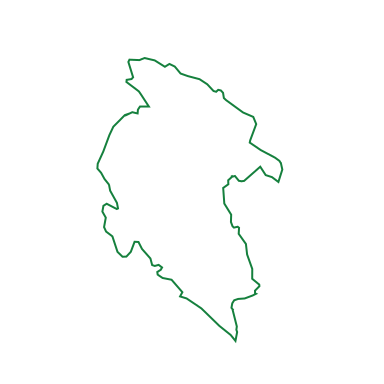 Stirling, Robinson projection, rotated 49°
{"feature_id": "GBR-2016", "entity_name": "Stirling", "entity_type": "Unitary District", "adm_level": 1, "iso_a3": "GBR", "parent_name": "United Kingdom", "parent_adm1": "", "projection": "robinson", "projection_center": [-4.325, 56.249], "detail": "fine", "context": "isolated", "style": "outline", "palette": "green", "viewbox_px": 384, "rotation_deg": 49, "n_neighbors": 0, "source": "natural_earth", "source_scale": "10m", "svg_char_len": 1867}
<svg xmlns="http://www.w3.org/2000/svg" viewBox="0 0 384 384"><g transform="rotate(49 192 192)"><path d="M307.5,238.3L307.5,238.6L322.9,246.4L325.1,248.9L327.3,249.8L332.9,256.9L325.3,256.6L311.0,259.2L286.0,261.3L268.8,265.9L263.0,269.5L261.3,265.0L244.8,265.0L237.6,270.6L233.5,271.7L231.8,272.1L229.6,270.7L230.2,266.6L229.3,264.1L225.1,265.0L223.4,268.6L221.0,270.0L214.9,267.0L202.2,267.1L194.6,265.2L191.9,268.0L197.0,277.4L197.7,283.9L195.3,286.9L188.3,287.5L173.3,281.2L172.1,281.4L165.5,282.8L160.8,281.4L154.8,273.9L148.0,272.5L144.3,267.9L144.9,264.1L155.4,260.0L155.8,258.6L151.0,255.8L137.3,252.9L131.8,249.7L131.9,249.8L124.8,249.5L117.9,248.0L112.2,248.0L108.8,244.6L103.3,232.5L94.8,216.9L91.1,208.5L90.5,200.0L90.5,199.4L90.4,198.8L89.9,192.2L91.2,189.0L91.3,189.4L92.6,184.7L95.7,182.5L97.0,181.5L94.4,178.8L93.7,176.4L93.4,175.2L99.2,168.5L84.8,166.5L81.3,166.1L79.2,166.5L65.9,169.3L64.7,167.9L64.5,167.7L65.2,166.6L67.1,163.5L66.9,162.3L66.8,161.2L52.1,154.7L51.1,152.4L58.0,145.1L58.8,142.6L59.8,139.9L68.2,133.8L79.7,130.3L80.4,125.9L80.6,125.0L86.0,122.7L95.1,122.9L101.8,119.1L111.8,112.3L120.7,109.8L129.9,109.5L132.2,108.0L132.1,105.2L134.3,103.6L137.5,103.5L142.0,106.3L145.1,106.0L165.5,101.3L175.5,96.5L182.9,99.0L191.2,114.2L192.6,116.0L205.5,112.6L220.6,106.8L225.9,105.6L228.2,106.0L228.4,105.9L234.3,109.1L241.1,120.2L233.2,121.9L227.6,125.3L217.7,123.9L217.8,145.4L216.3,147.7L216.2,147.7L214.3,149.3L208.1,149.1L207.0,151.3L205.5,151.4L206.8,151.9L206.9,157.0L210.0,159.5L209.4,165.8L221.9,175.2L234.8,177.3L240.2,182.3L244.5,183.9L246.4,183.7L248.2,180.3L249.9,180.0L254.2,184.2L266.6,185.4L275.3,191.4L289.6,197.0L297.0,203.5L306.0,202.0L307.3,202.9L307.8,209.2L309.9,210.9L310.8,210.5L309.9,214.1L306.9,222.1L303.0,227.3L301.4,231.2L302.4,234.6L305.3,238.2L307.5,238.3Z" fill="none" stroke="#15803d" stroke-width="2"/></g></svg>